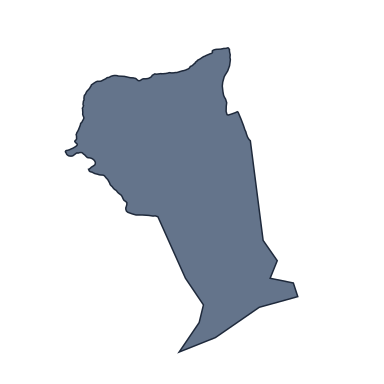 outline of Barre St Joseph, Anse-la-Raye, Saint Lucia, rotated 64°
{"feature_id": "8701671B21993534180379", "entity_name": "Barre St Joseph", "entity_type": "district", "adm_level": 2, "iso_a3": "LCA", "parent_name": "Saint Lucia", "parent_adm1": "Anse-la-Raye", "projection": "equal_earth", "projection_center": [-61.026, 13.973], "detail": "fine", "context": "isolated", "style": "filled", "palette": "slate", "viewbox_px": 384, "rotation_deg": 64, "n_neighbors": 0, "source": "geoboundaries", "source_scale": "gbopen_adm2", "svg_char_len": 5654}
<svg xmlns="http://www.w3.org/2000/svg" viewBox="0 0 384 384"><g transform="rotate(64 192 192)"><path d="M80.2,95.8L79.6,96.0L79.1,96.1L78.8,96.1L78.6,96.1L78.2,96.5L78.0,97.0L78.0,97.4L77.8,98.5L77.3,99.6L77.1,100.1L76.9,100.5L76.7,101.3L76.6,101.9L76.4,102.5L76.3,103.0L76.2,103.4L76.1,103.7L75.6,104.9L75.1,106.1L74.7,106.9L74.5,107.5L74.3,108.0L74.1,108.8L74.0,109.4L73.9,109.8L73.9,110.6L73.9,111.0L74.0,111.7L74.1,111.9L74.3,112.1L74.5,112.1L75.0,112.1L75.4,112.3L75.8,112.9L75.9,113.6L75.9,113.9L75.9,114.4L75.8,114.7L75.7,115.1L75.7,115.8L75.7,116.4L75.6,117.1L75.6,117.8L75.5,119.0L75.5,119.5L75.5,120.3L75.6,120.7L75.5,121.4L75.4,122.1L75.4,122.5L75.4,122.9L75.6,123.3L75.6,124.1L75.7,124.8L75.9,125.7L76.0,127.2L76.0,128.3L76.0,129.1L76.3,129.9L76.5,130.1L76.6,130.3L76.7,130.9L76.8,131.8L77.0,132.2L77.1,132.4L77.4,132.6L77.7,133.0L77.7,133.4L77.7,133.7L77.8,134.2L78.2,135.1L78.2,135.3L78.3,135.8L78.6,136.9L78.5,138.0L78.4,138.3L78.6,138.8L78.8,139.0L79.0,139.3L79.3,139.8L79.6,140.5L79.7,141.6L79.7,141.9L79.6,143.0L79.6,144.5L79.5,144.9L79.5,145.1L79.4,145.4L79.2,146.6L79.0,147.1L79.0,147.3L78.9,147.6L78.8,148.1L78.7,148.6L78.6,149.4L78.4,150.3L78.3,151.2L78.3,151.4L78.2,152.0L78.0,153.0L78.0,153.3L77.8,153.6L77.6,154.0L77.4,154.4L77.2,155.0L77.0,155.7L76.9,156.1L76.6,156.9L76.3,157.5L76.1,158.0L75.7,158.7L75.3,159.2L75.0,159.7L74.8,160.0L74.7,160.7L74.6,161.0L74.5,161.9L74.1,163.1L74.0,163.6L73.8,164.1L73.6,164.7L73.4,165.0L73.3,165.3L73.2,165.8L72.9,166.4L72.6,167.0L72.4,167.6L72.2,167.7L72.0,168.0L71.9,168.2L71.7,168.8L71.6,169.1L71.4,169.8L71.3,170.1L71.2,170.3L71.1,170.6L71.0,171.1L70.8,171.4L70.7,171.9L70.6,172.1L70.3,172.7L70.1,172.9L70.0,173.1L69.8,173.3L69.5,173.8L69.6,174.4L69.6,174.9L69.7,176.6L70.2,177.3L70.6,178.0L70.8,179.6L70.8,180.4L70.8,181.2L70.6,182.0L70.5,182.4L69.9,184.1L69.7,184.5L69.5,185.0L69.2,185.4L68.9,186.3L68.8,187.0L68.8,187.3L68.9,188.6L69.0,188.8L69.1,189.5L69.0,190.1L68.8,190.8L68.6,191.1L68.2,191.6L67.5,191.9L66.9,192.2L66.4,192.4L66.1,192.4L65.6,192.7L65.0,193.1L64.6,193.7L63.8,194.6L63.5,195.1L62.2,197.4L61.1,198.8L60.5,199.5L59.4,200.9L58.5,202.0L58.1,202.7L57.2,204.3L56.5,205.6L55.9,206.7L55.3,207.6L54.5,208.4L53.4,210.3L52.9,211.8L52.5,213.9L52.6,215.9L52.6,216.5L52.1,217.8L52.1,218.8L52.4,219.7L52.4,223.5L52.5,224.6L52.4,225.5L51.6,227.4L51.0,228.5L50.9,229.9L51.2,232.7L51.5,234.3L51.6,235.4L52.5,236.4L52.8,236.7L52.9,236.9L53.1,237.5L53.4,237.8L53.8,238.4L54.5,239.9L54.7,240.5L54.9,240.9L55.0,241.5L55.2,241.8L55.3,242.0L55.6,242.7L55.9,243.1L56.4,243.7L56.6,244.0L57.2,244.7L57.6,245.3L57.8,246.0L58.0,246.4L58.4,246.7L58.5,246.8L59.1,247.2L59.8,247.7L60.4,248.0L60.9,248.3L61.3,248.4L61.7,248.5L62.1,248.8L62.2,249.1L62.4,249.4L62.7,249.7L63.2,250.1L63.4,250.3L63.6,250.4L63.8,250.4L63.9,250.5L64.9,251.2L65.2,251.4L65.7,251.6L66.1,251.7L66.4,251.7L66.8,251.6L67.4,252.2L67.9,252.7L68.3,253.2L68.5,253.5L68.6,253.8L69.1,254.0L69.9,254.1L70.4,254.4L70.9,254.6L71.6,254.9L72.5,255.2L73.3,255.7L74.5,256.3L75.7,256.4L76.6,256.5L77.3,256.5L78.0,256.7L78.2,256.8L78.9,257.5L79.4,258.2L79.8,258.8L80.4,259.6L81.0,260.4L81.3,261.3L81.4,261.5L81.5,262.0L82.5,262.7L82.6,262.8L83.7,263.9L84.9,265.2L85.4,265.8L86.0,266.4L87.1,267.8L87.6,268.5L88.2,269.5L88.8,270.0L89.1,270.3L89.5,270.9L90.0,271.0L91.0,271.3L91.7,271.5L93.0,272.2L93.7,272.4L94.4,273.5L94.5,274.3L94.7,274.6L94.9,275.0L95.2,275.2L96.0,275.1L97.0,274.8L97.7,274.5L98.3,274.3L98.8,274.2L99.0,274.3L99.3,274.5L99.5,274.7L99.7,275.1L99.9,275.6L100.2,277.2L100.2,277.4L100.4,279.4L100.4,279.9L100.4,280.5L100.3,281.5L100.3,283.3L100.3,283.6L100.1,285.0L99.9,286.0L99.6,286.7L99.7,287.5L99.9,287.7L100.2,288.1L100.8,288.2L101.9,288.0L102.0,288.0L102.5,288.1L103.0,288.1L103.5,288.0L104.0,287.8L104.4,287.6L105.3,287.1L105.7,286.6L106.1,286.1L106.8,284.9L107.1,283.9L107.2,283.7L107.2,282.9L107.1,282.6L107.0,281.9L106.7,280.5L106.7,280.2L106.4,279.0L106.4,278.1L107.1,277.5L107.2,276.5L107.2,276.3L107.4,275.6L107.6,275.0L108.0,274.3L108.1,274.1L108.4,273.7L108.8,273.4L109.0,273.3L109.6,273.1L110.0,273.0L110.5,272.8L111.4,272.2L111.6,272.2L112.1,272.0L112.9,271.8L113.2,271.7L115.1,271.0L115.5,270.5L115.7,270.3L116.2,269.4L116.6,268.8L116.8,268.5L117.3,268.0L118.3,267.1L118.8,266.8L119.3,266.6L119.8,266.3L120.8,266.0L121.4,265.9L122.4,265.8L123.5,266.1L123.9,266.4L124.5,266.8L125.0,267.4L125.2,268.5L125.3,268.8L125.4,269.9L125.5,271.0L125.6,271.7L125.9,272.5L126.1,273.2L126.3,274.3L126.2,275.0L126.3,275.0L127.8,275.1L128.1,275.1L129.1,274.6L129.9,273.7L130.5,273.0L131.5,272.3L132.8,271.3L133.7,270.2L134.7,269.0L135.9,267.8L136.9,266.2L137.5,265.1L138.0,264.4L139.0,263.6L140.4,263.3L142.1,262.9L143.8,262.3L145.7,262.2L147.6,262.1L149.5,262.3L150.7,262.0L152.1,261.4L154.2,261.0L155.7,260.5L156.9,259.7L157.9,259.3L159.5,259.0L160.7,258.6L162.1,257.9L163.6,257.1L165.3,256.8L167.3,256.9L168.3,256.9L169.6,256.8L170.2,256.5L171.2,255.9L172.1,255.5L172.9,255.2L173.2,255.3L174.9,256.2L176.3,257.5L177.3,258.5L178.7,259.1L180.4,259.3L182.1,258.6L185.5,255.3L188.1,252.4L190.9,246.7L194.1,241.1L196.6,237.5L197.3,235.5L199.3,233.5L266.6,235.7L298.5,231.2L312.5,242.8L330.2,273.7L333.1,234.8L325.1,182.1L332.4,142.8L318.2,140.8L303.8,159.6L291.1,145.5L266.7,149.3L171.5,117.1L169.9,117.7L167.2,118.0L164.1,117.7L161.3,117.2L159.3,117.2L154.9,116.6L148.2,116.0L140.5,115.6L139.7,116.1L139.7,118.3L139.2,122.7L138.7,125.7L137.8,126.6L134.5,126.0L129.9,123.6L127.0,121.7L123.3,121.1L120.9,121.3L118.9,121.2L115.3,120.2L110.0,118.3L106.7,116.2L102.6,112.6L101.7,111.4L98.8,106.8L95.0,102.9L89.9,99.5L87.7,98.9L85.4,97.5L83.2,97.0L81.6,96.5L80.2,95.8Z" fill="#64748b" stroke="#1e293b" stroke-width="1.5"/></g></svg>